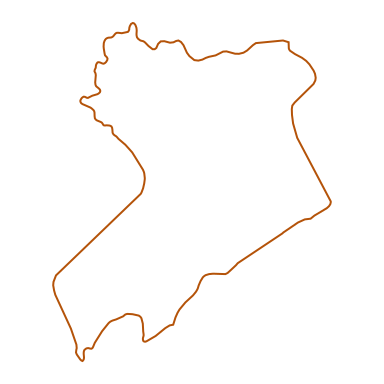 the border of Saïda
{"feature_id": "DZA-2204", "entity_name": "Saïda", "entity_type": "Province", "adm_level": 1, "iso_a3": "DZA", "parent_name": "Algeria", "parent_adm1": "", "projection": "equal_earth", "projection_center": [-0.019, 34.538], "detail": "fine", "context": "isolated", "style": "outline", "palette": "amber", "viewbox_px": 384, "rotation_deg": 0, "n_neighbors": 0, "source": "natural_earth", "source_scale": "10m", "svg_char_len": 3071}
<svg xmlns="http://www.w3.org/2000/svg" viewBox="0 0 384 384"><path d="M310.6,218.7L304.8,219.4L298.0,222.5L283.3,232.5L282.4,233.4L237.7,263.2L236.0,265.2L227.6,273.0L225.4,274.1L213.1,273.7L209.1,274.1L205.5,275.2L203.8,276.4L202.7,277.5L202.2,278.4L200.6,281.0L198.7,285.4L197.9,288.1L197.4,289.3L196.0,291.7L193.0,295.4L185.4,302.4L179.5,309.5L177.6,312.7L175.5,317.4L173.2,324.7L169.7,325.4L165.3,328.1L155.6,336.0L146.5,341.3L145.3,341.7L144.2,341.6L143.2,340.8L142.9,339.3L142.9,338.5L143.0,337.9L143.1,337.5L143.6,335.7L143.6,334.3L143.2,331.4L142.8,323.6L141.4,318.2L140.4,316.8L138.8,315.6L132.5,314.2L127.4,313.9L126.1,314.2L125.0,314.7L123.2,316.3L116.2,319.4L112.4,320.6L110.4,321.6L109.5,322.3L108.6,323.1L102.1,331.2L94.8,342.8L93.1,346.9L92.4,348.1L91.5,348.7L90.2,348.6L88.5,348.1L87.1,348.2L85.9,348.7L84.4,350.0L84.1,350.6L83.8,351.7L83.7,352.9L83.7,354.0L83.9,356.2L84.0,357.7L83.8,359.1L83.2,360.3L82.5,361.0L81.5,360.6L80.3,359.5L76.8,354.5L76.0,352.5L76.3,349.9L76.7,348.1L76.4,344.6L70.9,328.6L55.3,294.8L54.1,290.5L53.2,285.3L53.5,281.9L56.0,275.4L140.8,193.8L141.5,192.5L143.1,188.3L144.2,183.5L144.7,179.8L144.8,178.2L144.3,173.7L144.0,172.3L143.0,169.8L132.2,152.4L125.4,144.8L118.5,138.9L116.8,136.9L115.9,136.1L114.7,135.4L113.5,134.4L112.6,132.8L112.4,129.7L112.1,127.8L111.4,126.4L110.3,125.8L109.2,125.5L106.4,125.3L105.1,125.5L104.0,125.4L103.3,124.9L102.8,124.0L102.2,123.1L101.8,122.6L100.8,122.0L96.9,120.4L95.7,119.5L94.9,118.3L94.6,116.2L94.5,112.6L94.2,111.2L93.5,110.1L91.6,108.4L90.5,107.6L82.5,104.1L81.2,103.2L80.4,101.7L80.4,100.4L81.0,99.2L81.7,98.1L82.6,97.3L83.6,96.7L84.8,96.8L86.9,97.8L87.9,97.9L92.3,95.7L97.4,94.2L98.6,93.5L99.9,92.3L100.3,91.0L100.0,89.8L99.3,88.9L98.3,88.0L96.2,86.3L95.5,84.8L95.2,82.4L95.8,75.2L95.5,73.3L94.9,72.2L94.5,71.2L94.8,69.7L95.7,67.8L96.0,65.1L96.7,63.5L97.6,62.4L98.8,62.2L100.1,62.5L102.4,63.5L103.7,63.7L104.9,63.1L106.1,62.0L107.3,60.0L107.5,58.5L106.9,57.3L105.0,55.3L104.6,53.6L103.8,48.7L103.6,46.6L103.8,43.1L104.4,41.2L105.2,39.7L106.0,38.8L107.1,38.1L108.3,37.7L111.1,37.5L112.3,37.0L113.3,36.2L114.9,34.2L115.8,33.3L116.9,32.8L118.4,32.8L121.8,33.2L127.9,31.9L128.6,31.0L129.2,29.7L129.3,28.0L129.8,26.2L131.1,23.9L132.8,23.0L133.9,23.3L134.8,24.2L135.5,25.2L136.4,27.7L136.6,29.2L136.7,30.7L136.5,34.1L136.6,35.6L137.0,37.3L138.1,38.8L140.4,40.5L143.5,41.3L145.0,42.4L148.5,46.0L152.6,49.2L154.7,49.2L156.3,48.0L158.1,43.9L160.7,41.4L164.3,41.2L170.0,42.7L173.5,42.3L176.1,41.0L178.4,40.5L181.0,42.0L183.5,45.2L186.9,52.7L189.4,56.1L194.3,60.1L198.3,60.6L202.4,59.6L205.8,57.9L209.0,56.8L215.6,55.4L223.1,51.6L226.5,51.4L235.0,53.7L239.0,53.8L243.5,52.7L247.1,50.5L252.9,45.2L255.9,43.1L283.0,40.5L288.6,42.2L288.8,48.0L288.9,48.8L289.4,49.8L290.0,50.7L295.0,54.1L302.0,57.8L306.2,60.9L309.4,64.3L313.6,70.6L315.0,73.8L315.7,77.8L315.3,80.5L313.5,84.0L294.7,102.5L292.3,105.6L291.8,109.1L292.0,115.0L293.1,123.5L297.2,137.8L330.7,201.3L330.8,201.9L330.7,202.6L330.3,204.2L329.0,206.2L326.9,208.1L314.4,215.6L310.6,218.7Z" fill="none" stroke="#b45309" stroke-width="2"/></svg>